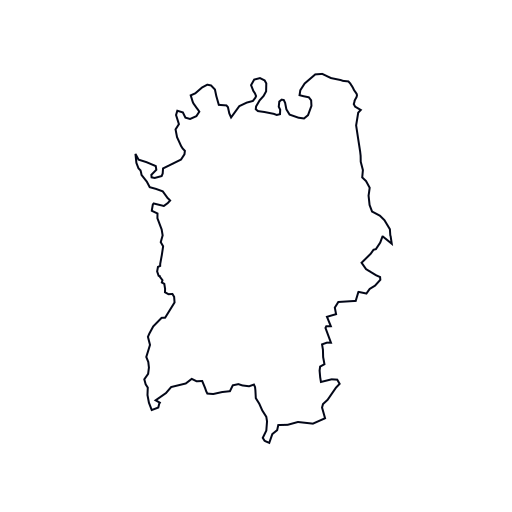 Mandalay, Mandalay, Myanmar, rotated 156°
{"feature_id": "60261553B2723221956862", "entity_name": "Mandalay", "entity_type": "district", "adm_level": 2, "iso_a3": "MMR", "parent_name": "Myanmar", "parent_adm1": "Mandalay", "projection": "albers", "projection_center": [96.164, 21.97], "detail": "fine", "context": "isolated", "style": "outline", "palette": "ink", "viewbox_px": 512, "rotation_deg": 156, "n_neighbors": 0, "source": "geoboundaries", "source_scale": "gbopen_adm2", "svg_char_len": 3405}
<svg xmlns="http://www.w3.org/2000/svg" viewBox="0 0 512 512"><g transform="rotate(156 256 256)"><path d="M324.6,398.3L327.4,389.7L327.7,383.9L326.7,381.2L327.0,379.2L327.6,376.6L325.5,368.3L325.1,362.1L320.1,358.0L314.9,353.0L313.1,344.5L312.8,344.2L311.9,341.6L315.2,340.2L319.9,339.2L328.1,345.6L329.3,345.0L332.6,340.1L332.8,339.7L328.7,334.9L330.7,330.6L331.4,318.6L332.9,312.8L337.4,307.4L336.9,302.7L337.1,302.3L341.7,295.1L346.7,287.8L347.6,285.9L350.0,285.9L352.6,282.1L353.0,277.5L352.1,276.7L352.3,276.3L351.3,271.9L352.8,270.1L351.1,267.9L352.4,263.0L353.9,259.9L351.5,256.7L347.8,255.3L347.4,252.0L349.3,246.7L364.1,236.6L367.4,237.9L378.5,233.5L385.0,228.5L387.6,226.1L389.0,217.9L392.9,213.4L397.3,208.4L397.5,203.0L399.2,197.6L402.5,192.2L408.2,188.8L409.0,183.6L408.4,179.8L411.7,173.1L413.5,165.5L413.9,157.7L406.9,157.3L404.5,160.4L403.5,161.1L406.4,165.0L394.0,167.4L386.8,170.8L372.0,168.1L364.7,169.9L361.2,165.7L356.0,163.7L356.2,156.3L356.5,152.7L356.4,150.1L351.2,147.3L342.3,145.5L334.8,143.1L329.8,147.3L324.2,146.1L321.1,143.3L315.3,139.8L310.2,139.4L310.2,136.6L311.2,133.5L314.0,126.2L313.1,119.8L313.1,112.4L312.0,104.9L313.2,100.4L317.6,92.3L323.8,87.1L323.3,83.7L322.4,82.6L319.9,79.9L313.5,86.7L307.5,88.3L304.4,92.5L295.7,88.9L285.2,87.3L272.2,79.7L258.9,79.7L257.3,90.7L255.0,93.5L249.1,95.5L236.5,103.2L231.6,105.2L232.1,110.0L237.1,112.6L247.9,114.5L246.7,119.1L244.5,125.5L242.4,128.9L237.5,129.3L236.9,131.7L235.8,136.3L233.0,143.1L231.6,148.4L226.4,148.0L222.8,146.3L221.8,162.0L220.4,163.2L216.2,161.4L215.9,171.6L206.5,170.3L205.0,176.8L199.5,180.5L186.3,175.6L183.2,174.4L177.1,181.5L176.9,181.5L170.4,176.8L165.5,179.7L159.3,180.5L152.1,183.7L151.2,186.3L154.1,189.5L160.8,199.2L162.3,206.9L150.3,211.4L146.1,213.9L143.7,213.5L137.1,217.7L132.6,222.3L132.2,222.2L127.0,212.0L125.0,219.2L124.9,220.3L122.8,226.0L124.1,236.5L126.4,242.4L130.3,247.4L131.9,249.4L131.5,256.4L128.6,265.4L127.0,267.9L124.4,272.1L125.0,279.7L125.1,279.9L127.0,284.6L123.4,291.0L122.0,299.5L119.7,304.9L118.4,309.0L114.6,323.0L111.4,334.6L104.3,345.4L100.9,346.8L104.7,352.1L104.9,355.0L103.2,357.0L103.0,357.5L101.8,358.6L100.8,359.3L99.5,360.3L98.4,361.7L98.1,363.0L98.4,364.9L98.7,366.3L99.0,367.9L99.0,369.7L99.2,371.9L99.5,373.5L99.7,375.2L100.6,377.9L105.3,380.6L107.1,382.3L115.2,388.1L121.4,395.4L128.0,397.8L141.4,393.8L148.1,389.4L150.8,385.2L147.8,382.8L143.2,379.5L142.3,375.8L144.3,370.6L151.2,363.5L156.2,362.1L161.0,365.1L167.8,371.5L168.6,377.6L167.1,384.1L167.2,387.2L169.0,388.4L171.9,387.6L174.5,383.1L174.4,379.8L176.4,375.8L179.7,376.4L181.9,378.6L189.7,384.1L195.3,387.6L196.5,390.2L195.1,392.6L189.4,396.7L184.0,399.1L179.8,402.3L176.4,409.5L176.7,412.9L180.0,416.9L185.9,417.9L191.0,414.1L191.3,407.9L190.8,405.0L190.9,402.1L192.1,400.9L195.8,398.9L202.0,399.9L210.3,399.7L222.4,392.7L222.4,397.1L221.1,403.4L221.8,405.6L228.5,409.2L227.2,418.3L225.8,424.8L227.7,430.1L230.8,432.3L236.7,431.9L245.3,429.3L250.3,429.3L251.1,422.7L251.1,420.8L250.5,417.9L250.1,415.8L249.5,413.3L249.1,410.9L253.6,408.0L260.5,408.0L264.2,411.1L264.3,413.6L264.4,416.9L268.8,420.7L271.7,417.3L272.8,407.8L278.0,404.4L279.8,396.7L279.7,386.9L279.3,384.1L278.2,381.0L280.0,378.0L285.3,374.6L305.3,373.8L307.7,369.3L309.7,367.4L316.8,368.5L319.4,370.3L318.6,372.7L312.0,375.3L311.0,378.9L317.9,386.3L324.1,391.8L324.6,398.3Z" fill="none" stroke="#020617" stroke-width="2"/></g></svg>